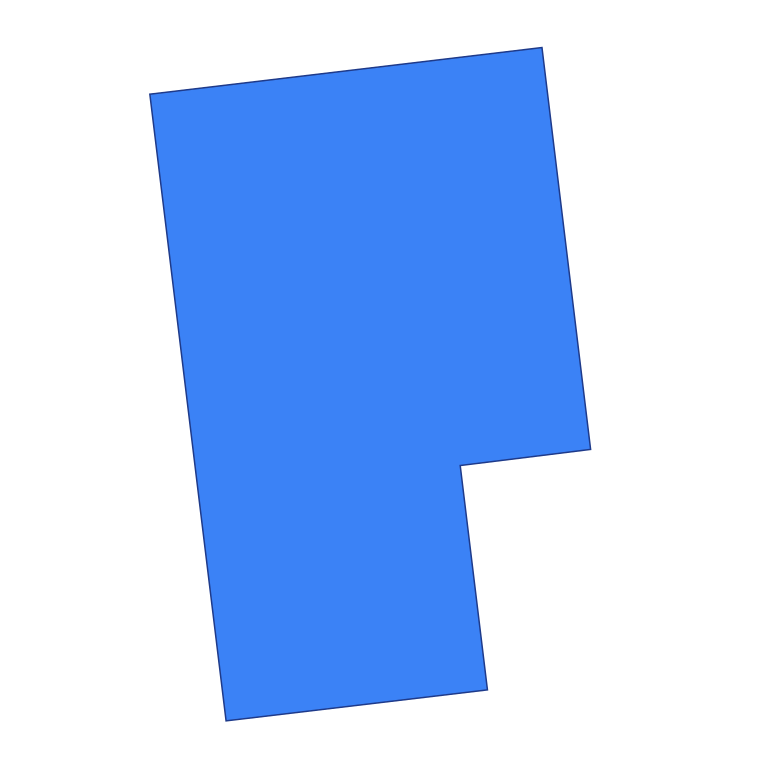 outline of Wayne, Nebraska, United States of America, rotated 83°
{"feature_id": "52423323B26030378600727", "entity_name": "Wayne", "entity_type": "district", "adm_level": 2, "iso_a3": "USA", "parent_name": "United States of America", "parent_adm1": "Nebraska", "projection": "equal_earth", "projection_center": [-97.053, 42.221], "detail": "fine", "context": "isolated", "style": "filled", "palette": "blue", "viewbox_px": 768, "rotation_deg": 83, "n_neighbors": 0, "source": "geoboundaries", "source_scale": "gbopen_adm2", "svg_char_len": 288}
<svg xmlns="http://www.w3.org/2000/svg" viewBox="0 0 768 768"><g transform="rotate(83 384 384)"><path d="M472.3,581.6L699.1,581.8L700.2,318.6L699.5,318.6L474.2,318.3L474.1,186.9L69.3,186.2L67.8,581.1L202.2,581.2L472.3,581.6Z" fill="#3b82f6" stroke="#1e3a8a" stroke-width="1.5"/></g></svg>